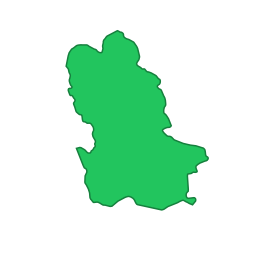 the border of Sukhothai, rotated 337°
{"feature_id": "THA-397", "entity_name": "Sukhothai", "entity_type": "Province", "adm_level": 1, "iso_a3": "THA", "parent_name": "Thailand", "parent_adm1": "", "projection": "natural_earth1", "projection_center": [99.709, 17.253], "detail": "fine", "context": "isolated", "style": "filled", "palette": "green", "viewbox_px": 256, "rotation_deg": 337, "n_neighbors": 0, "source": "natural_earth", "source_scale": "10m", "svg_char_len": 4692}
<svg xmlns="http://www.w3.org/2000/svg" viewBox="0 0 256 256"><g transform="rotate(337 128 128)"><path d="M166.6,143.6L165.6,143.3L165.1,143.1L164.5,142.9L163.9,142.8L162.0,142.7L159.6,143.0L159.1,143.3L158.8,143.8L158.7,144.6L159.3,146.9L160.7,150.1L161.0,150.6L161.3,151.0L161.7,151.3L162.7,151.8L163.2,152.0L164.0,152.7L164.6,153.6L165.6,156.3L165.8,156.8L166.1,157.2L172.8,163.8L178.7,168.1L183.5,170.9L189.3,175.8L189.6,176.1L189.8,176.6L190.2,177.7L190.2,178.3L189.8,180.2L189.1,182.5L188.9,183.7L189.0,184.6L189.6,185.4L189.9,185.8L190.1,186.4L190.0,187.1L189.6,187.8L188.3,188.6L187.6,188.7L186.9,188.7L185.8,188.5L180.5,188.4L178.1,188.8L176.0,189.5L175.5,190.0L175.1,190.7L174.8,192.4L174.8,194.3L174.7,194.9L174.3,195.3L173.6,195.3L173.0,195.2L172.4,195.0L171.2,194.3L170.9,194.2L170.4,194.2L168.8,194.5L168.2,194.5L165.4,193.8L164.8,193.9L163.9,195.4L159.5,208.1L158.7,209.7L157.2,210.3L156.3,210.9L155.7,211.7L155.4,212.3L155.1,213.1L154.9,214.4L155.1,215.3L155.7,216.1L156.3,216.4L161.4,217.9L161.9,218.2L162.2,218.6L162.4,219.2L162.5,219.9L162.1,221.0L161.6,221.7L157.4,223.9L154.9,221.4L153.7,219.7L152.6,218.6L151.0,216.4L150.5,216.1L149.6,215.8L147.1,215.8L144.4,216.1L134.1,215.9L129.5,216.8L128.9,216.8L127.7,216.7L126.9,216.5L107.0,202.4L106.6,202.0L106.3,201.6L106.0,200.5L105.9,199.8L105.8,197.7L105.7,196.3L105.5,195.7L105.1,194.6L104.8,194.2L103.9,192.9L103.2,192.2L102.3,191.5L101.6,191.1L100.0,190.8L98.2,190.7L90.2,191.4L82.7,193.7L80.9,193.2L76.7,190.0L75.7,189.6L74.8,189.0L74.2,188.2L72.8,186.2L71.6,184.8L71.2,184.5L70.8,184.2L70.3,184.0L67.5,183.2L67.1,182.9L66.8,182.2L66.2,179.9L65.9,179.2L65.8,178.2L65.8,177.3L67.2,173.0L67.4,171.9L67.7,168.6L67.4,164.0L67.1,162.6L67.0,161.8L67.2,160.9L69.8,155.4L70.2,155.0L72.1,153.3L72.9,152.5L73.1,151.9L73.4,151.3L73.5,150.3L73.5,149.5L73.0,148.6L72.5,148.0L72.2,147.5L72.1,145.1L72.6,126.6L76.0,127.1L76.5,127.4L77.1,127.8L79.3,130.7L79.9,131.7L80.6,133.8L81.2,135.1L82.0,135.7L83.3,136.2L83.9,136.0L84.4,135.7L84.7,135.3L85.0,134.9L85.5,134.7L86.7,134.5L87.7,134.0L88.4,133.3L88.8,133.0L90.3,132.4L90.7,132.0L90.9,131.5L91.0,130.2L91.2,129.6L91.5,129.2L91.9,128.9L92.3,128.5L92.7,127.8L92.9,127.0L92.9,126.3L92.5,123.0L92.5,121.6L92.8,120.3L92.9,119.7L93.2,119.2L93.8,118.3L94.5,117.6L94.9,117.3L95.4,116.8L95.7,116.2L96.1,115.1L96.3,113.6L96.2,112.6L95.7,110.2L95.5,109.6L95.3,109.2L94.9,108.8L94.4,108.5L92.9,107.9L92.4,107.7L92.0,107.3L91.2,105.9L90.9,105.6L89.9,105.1L89.5,104.7L89.2,104.3L89.2,103.4L89.4,102.2L90.1,99.9L90.4,98.6L90.3,97.8L89.9,97.5L89.0,96.9L88.6,96.6L88.3,96.2L87.3,94.2L87.1,93.7L86.8,93.1L86.7,92.3L87.2,88.0L87.3,85.1L87.4,84.4L87.7,83.8L88.1,83.5L89.2,82.8L89.9,82.1L90.2,81.4L90.2,80.7L89.7,79.0L89.6,78.4L89.5,77.1L89.3,76.5L88.9,76.1L87.9,75.7L87.6,75.3L87.4,74.9L87.6,71.0L87.7,70.1L88.0,69.4L88.3,69.0L88.7,68.7L89.3,68.7L89.8,68.7L90.3,69.0L90.9,69.1L91.5,69.2L92.2,68.8L92.5,68.3L92.5,67.7L92.1,66.6L92.0,65.7L92.0,64.5L92.2,62.4L92.5,61.4L92.9,60.6L93.7,59.7L94.3,58.9L95.3,57.4L95.6,56.4L95.6,55.6L95.5,54.8L95.5,53.8L96.1,50.6L96.0,49.7L95.2,47.0L101.1,38.3L103.2,35.8L106.2,33.8L106.8,33.5L107.3,33.3L107.9,33.2L108.5,33.2L109.8,32.9L111.9,32.3L112.8,32.1L113.5,32.1L114.7,32.3L116.4,32.8L122.4,35.4L122.8,35.7L123.2,36.1L124.0,37.5L127.6,42.0L128.8,43.0L129.1,43.4L129.4,43.9L129.7,45.1L129.9,45.6L130.2,46.1L130.5,46.6L130.9,47.0L131.4,47.5L132.5,48.1L133.1,48.2L133.7,48.0L134.1,47.6L135.7,45.5L136.0,45.1L136.6,42.7L136.9,42.2L138.5,40.0L139.2,38.5L139.6,38.1L140.1,37.6L141.8,36.8L143.7,35.6L144.4,35.3L145.1,35.2L156.2,34.3L157.1,35.1L158.0,36.4L158.4,36.8L158.9,37.0L159.3,37.3L159.7,37.7L159.9,38.1L160.2,38.6L160.4,39.2L160.4,40.0L160.0,41.1L159.9,42.0L160.0,43.0L160.6,44.1L161.1,44.8L161.5,45.3L163.4,46.9L166.7,51.1L166.9,51.7L167.8,56.1L167.9,57.2L167.9,58.7L166.7,66.0L166.5,66.8L166.2,67.4L165.2,68.7L164.9,69.1L164.5,69.5L162.3,70.9L161.6,71.5L161.2,72.0L161.0,72.5L160.9,73.2L161.1,74.1L161.7,75.2L163.3,77.3L163.9,78.8L164.2,79.2L164.6,79.5L165.2,79.7L165.7,79.8L166.1,80.0L166.5,80.6L166.7,81.4L167.1,82.8L167.5,83.5L167.9,84.0L168.9,84.5L170.8,86.3L174.0,90.4L174.3,90.9L174.7,92.3L175.0,93.5L175.2,94.3L175.6,94.9L176.2,95.7L176.3,96.4L176.1,97.4L175.3,98.9L174.6,99.6L174.0,100.0L172.8,100.2L172.2,100.4L171.7,100.6L171.4,100.9L171.2,101.2L171.1,101.7L171.2,102.4L171.6,103.6L172.0,104.2L172.4,104.7L172.8,105.0L173.2,105.5L173.4,106.5L173.4,112.4L173.6,114.2L173.5,115.5L173.2,117.2L172.3,120.0L171.8,121.3L171.3,122.0L169.9,122.9L169.5,123.2L168.5,124.5L167.9,125.4L167.0,127.6L167.0,128.2L167.1,128.9L167.8,130.0L168.2,131.2L168.9,135.3L168.7,142.8L167.8,143.4L167.3,143.5L166.6,143.6Z" fill="#22c55e" stroke="#15803d" stroke-width="1.5"/></g></svg>